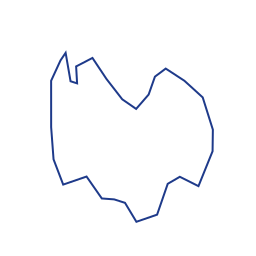 outline of Debrecen, rotated 341°
{"feature_id": "HUN-4924", "entity_name": "Debrecen", "entity_type": "Urban county", "adm_level": 1, "iso_a3": "HUN", "parent_name": "Hungary", "parent_adm1": "", "projection": "mercator", "projection_center": [21.625, 47.561], "detail": "fine", "context": "isolated", "style": "outline", "palette": "blue", "viewbox_px": 256, "rotation_deg": 341, "n_neighbors": 0, "source": "natural_earth", "source_scale": "10m", "svg_char_len": 501}
<svg xmlns="http://www.w3.org/2000/svg" viewBox="0 0 256 256"><g transform="rotate(341 128 128)"><path d="M93.5,36.6L88.9,65.1L94.4,69.2L99.0,52.9L117.2,50.2L123.6,74.6L131.9,99.0L141.9,112.6L158.4,103.1L170.2,88.2L183.0,84.1L196.7,101.7L208.6,123.4L207.7,157.2L200.4,177.5L175.7,205.9L161.1,191.0L147.4,193.7L127.3,219.4L105.4,219.4L100.8,197.8L91.7,191.0L80.3,186.1L73.0,160.4L48.3,160.4L47.4,133.4L55.6,102.2L70.7,58.3L86.2,42.1L93.5,36.6Z" fill="none" stroke="#1e3a8a" stroke-width="2"/></g></svg>